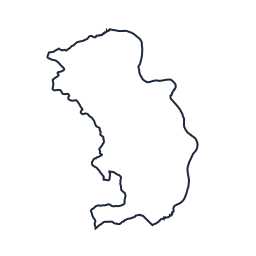 the district of Kap Choeng, Surin, Thailand, rotated 76°
{"feature_id": "78962969B82717955014572", "entity_name": "Kap Choeng", "entity_type": "district", "adm_level": 2, "iso_a3": "THA", "parent_name": "Thailand", "parent_adm1": "Surin", "projection": "robinson", "projection_center": [103.538, 14.468], "detail": "fine", "context": "isolated", "style": "outline", "palette": "slate", "viewbox_px": 256, "rotation_deg": 76, "n_neighbors": 0, "source": "geoboundaries", "source_scale": "gbopen_adm2", "svg_char_len": 5813}
<svg xmlns="http://www.w3.org/2000/svg" viewBox="0 0 256 256"><g transform="rotate(76 128 128)"><path d="M217.6,183.7L217.1,182.6L215.5,179.7L214.7,177.1L213.4,174.3L213.4,173.3L214.1,170.5L214.9,166.4L215.3,165.8L216.8,164.7L217.2,164.2L219.0,160.4L219.1,159.9L219.1,159.2L218.6,157.9L217.7,156.4L217.6,154.6L217.0,154.4L216.2,150.6L216.1,149.9L216.4,147.1L216.0,145.4L216.0,143.2L215.8,142.8L214.8,141.7L215.0,140.6L214.9,139.5L215.1,138.8L215.0,138.4L215.2,138.1L215.0,137.6L215.2,137.2L215.8,136.6L216.2,136.0L216.4,135.7L216.5,135.1L216.7,134.8L228.2,127.8L227.6,125.9L227.4,123.7L227.0,122.6L226.7,122.2L226.5,121.3L226.1,120.8L225.7,119.7L225.3,119.5L224.4,117.9L224.4,116.2L224.5,115.7L224.4,115.5L224.5,115.3L224.7,115.2L223.9,114.9L223.4,114.6L223.6,114.3L223.6,113.6L223.8,113.5L224.1,113.7L224.3,113.6L224.1,112.3L224.3,111.4L224.3,110.5L223.9,109.1L223.4,108.7L222.8,108.5L223.3,108.0L223.3,107.5L223.1,107.4L223.0,107.0L222.7,106.8L222.7,106.5L221.7,106.3L221.7,105.7L221.3,105.7L221.2,105.5L220.4,105.5L220.2,104.6L219.9,103.9L217.0,103.4L216.0,102.9L215.1,102.1L214.7,101.3L214.2,99.3L213.8,96.9L213.3,95.2L212.2,92.9L210.6,90.8L209.0,89.5L206.0,87.4L200.7,84.4L199.9,83.7L195.8,82.3L194.8,81.8L194.0,81.6L191.2,81.2L186.1,80.9L182.5,80.3L180.9,79.8L175.8,76.8L173.7,75.0L168.8,71.1L166.6,67.9L165.4,66.7L163.8,65.7L161.5,64.7L160.4,64.3L159.9,64.5L159.0,64.5L158.8,64.4L158.6,64.4L158.2,64.3L154.6,65.1L153.2,66.0L151.1,67.9L150.1,68.5L150.0,68.9L149.6,68.9L147.2,71.0L145.8,71.7L143.7,72.5L140.9,73.1L139.2,73.1L132.7,71.4L131.6,71.5L129.6,71.9L127.8,71.8L127.0,72.0L122.1,73.3L118.2,75.0L113.7,77.4L112.8,77.7L111.5,78.6L109.8,79.4L108.6,79.4L107.7,79.2L107.1,78.7L106.9,78.8L106.6,78.0L105.9,77.6L106.0,77.4L104.4,76.5L104.1,76.1L103.8,76.0L103.4,75.6L103.4,75.3L102.2,74.1L101.8,74.1L101.6,73.2L100.0,71.9L99.1,71.6L97.9,71.4L96.5,71.6L94.8,72.4L92.5,73.9L91.7,74.6L91.1,75.5L90.5,78.8L90.2,83.5L89.9,85.6L89.7,86.5L88.7,89.0L88.5,90.1L88.4,91.6L88.6,95.8L88.4,97.5L88.0,98.6L86.5,100.2L84.7,101.7L84.1,102.0L83.1,102.3L79.4,103.3L77.8,103.5L76.7,103.5L74.0,103.1L72.5,103.2L71.3,103.2L70.5,102.8L69.1,101.1L68.1,100.5L64.1,98.3L60.2,96.6L54.0,94.8L51.1,94.6L49.0,94.0L47.5,94.0L45.0,94.8L44.4,95.0L38.1,99.7L36.6,101.3L33.8,105.4L33.3,106.3L32.1,111.9L31.6,113.7L30.2,116.4L29.3,118.9L28.8,119.8L28.1,121.3L27.8,121.6L28.3,122.6L28.8,122.7L28.8,123.3L29.1,123.7L29.0,124.6L29.1,124.9L28.8,125.0L29.2,125.1L29.3,125.6L29.5,125.7L29.8,126.4L29.6,127.0L29.9,127.3L29.7,127.6L30.3,128.3L30.2,129.0L30.3,129.2L30.7,129.2L30.7,129.7L30.9,129.8L31.1,130.4L31.4,130.7L31.4,131.0L31.5,131.2L31.4,131.7L31.3,131.8L31.3,132.2L31.0,132.5L31.4,133.7L31.4,134.2L31.0,134.5L30.8,136.1L31.0,136.5L31.5,136.7L31.5,136.9L32.0,137.7L32.0,138.2L31.6,139.2L31.3,139.7L30.1,140.7L29.9,141.1L29.7,143.0L30.0,143.9L31.1,145.1L31.7,146.0L31.7,146.9L32.2,148.0L32.3,148.6L32.2,149.5L32.5,149.9L32.5,153.3L32.4,154.9L32.5,156.7L32.8,157.5L33.6,159.2L34.5,160.3L34.7,160.9L34.8,162.4L35.2,163.4L36.5,165.2L36.7,166.2L37.2,167.7L37.9,169.1L37.7,169.7L37.2,170.0L36.7,170.9L36.8,172.6L36.5,173.4L35.8,174.4L34.9,175.4L34.2,175.9L34.2,176.3L34.5,176.8L35.4,180.2L36.1,182.3L35.9,184.0L35.5,186.0L35.8,186.7L37.0,187.3L38.1,188.2L39.4,188.9L40.0,188.9L41.3,188.4L41.3,188.6L41.5,187.4L42.5,186.4L43.3,185.3L44.6,182.5L45.3,181.6L47.0,180.2L48.7,179.1L50.5,178.3L53.9,176.1L54.9,175.7L55.3,175.7L55.8,175.8L56.2,176.2L56.6,177.1L57.0,179.1L56.9,182.2L57.2,182.8L57.7,183.1L58.5,183.0L59.0,182.6L59.3,182.5L59.7,182.5L60.2,182.8L60.7,183.4L61.5,186.0L62.9,189.2L63.1,189.3L64.1,189.6L65.8,189.6L67.6,189.9L69.0,190.4L71.4,191.6L71.9,191.7L72.5,191.5L73.1,191.1L73.6,190.3L73.9,189.2L74.1,186.6L74.9,184.6L75.2,184.3L75.8,184.0L78.7,183.3L79.3,182.6L79.8,181.4L80.1,178.8L80.3,178.1L80.5,177.8L82.2,177.2L82.8,177.4L83.6,178.4L84.2,178.7L85.4,178.8L85.8,178.7L86.2,178.4L87.9,176.0L88.2,174.8L88.3,172.3L88.7,171.5L88.9,171.3L90.7,170.3L93.7,169.3L95.8,168.9L98.6,167.7L98.9,167.7L99.3,167.9L99.8,169.0L100.7,169.8L101.6,170.1L102.3,169.9L103.6,168.7L103.7,167.8L103.5,166.2L104.1,164.6L104.6,163.9L104.9,163.6L107.1,162.6L107.8,162.1L108.8,160.9L111.2,159.8L113.1,159.1L115.6,159.0L118.3,158.5L118.8,158.2L120.8,155.9L121.6,155.5L122.1,155.5L122.8,155.9L123.5,156.0L124.8,155.5L125.3,155.4L125.9,155.6L127.0,156.3L128.0,156.4L128.4,156.2L129.6,155.0L129.9,154.9L130.7,154.2L131.3,154.2L132.9,154.5L134.4,154.4L135.7,154.8L137.0,155.6L137.3,156.3L138.8,157.6L141.1,160.6L141.7,161.1L143.8,160.7L144.2,160.7L145.1,161.3L145.7,161.3L146.3,161.0L147.4,159.8L147.7,159.8L148.0,160.2L148.4,161.5L148.9,163.5L149.0,165.6L149.7,166.6L149.5,167.6L149.8,168.5L150.0,168.9L151.2,169.9L152.2,171.0L152.6,171.3L153.6,171.5L155.4,171.5L156.9,170.3L158.5,168.5L159.2,167.9L160.6,167.3L162.4,166.2L164.6,165.6L166.6,164.5L168.4,163.8L169.2,163.3L169.7,163.4L170.9,164.0L171.3,163.9L171.5,163.7L171.9,164.0L172.3,164.1L173.1,161.6L173.9,160.2L174.0,159.4L173.8,158.9L173.4,158.5L172.6,158.1L172.2,157.8L170.6,157.5L168.9,156.7L168.3,156.5L166.3,156.8L165.6,156.6L165.6,156.4L166.4,154.9L167.0,153.2L167.2,152.8L169.8,150.2L170.2,149.9L170.9,149.3L171.3,148.3L171.6,148.0L172.8,147.2L174.0,146.7L175.5,147.2L177.2,148.1L179.3,148.6L180.3,149.0L182.3,148.9L186.4,149.5L188.0,148.6L190.3,146.9L191.9,146.7L192.8,146.8L193.8,147.0L196.7,148.6L200.3,149.6L200.9,150.5L201.3,151.7L201.6,154.8L201.5,156.2L200.8,158.3L200.6,160.4L200.3,161.6L199.9,162.4L198.0,164.1L197.2,165.7L197.2,166.2L197.5,167.2L197.4,169.3L196.9,171.1L196.9,173.1L196.7,173.8L196.1,174.7L195.9,176.6L196.1,178.1L197.9,181.5L198.0,182.6L198.7,183.6L199.3,184.0L199.7,184.1L201.5,183.7L202.8,183.8L205.2,183.6L206.8,183.2L208.8,182.4L209.7,182.2L210.7,182.2L212.1,183.2L213.0,183.6L214.4,183.6L216.6,183.5L217.6,183.7Z" fill="none" stroke="#1e293b" stroke-width="2"/></g></svg>